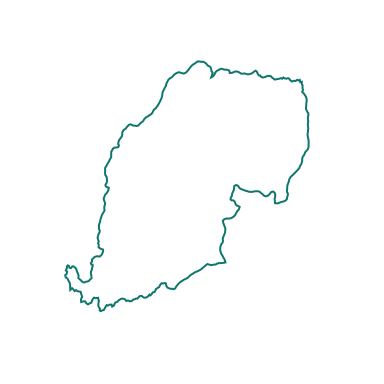 Itacambira, Minas Gerais, Brazil, rotated 203°
{"feature_id": "56859067B7799529172326", "entity_name": "Itacambira", "entity_type": "district", "adm_level": 2, "iso_a3": "BRA", "parent_name": "Brazil", "parent_adm1": "Minas Gerais", "projection": "equal_earth", "projection_center": [-43.326, -16.911], "detail": "fine", "context": "isolated", "style": "outline", "palette": "teal", "viewbox_px": 384, "rotation_deg": 203, "n_neighbors": 0, "source": "geoboundaries", "source_scale": "gbopen_adm2", "svg_char_len": 6027}
<svg xmlns="http://www.w3.org/2000/svg" viewBox="0 0 384 384"><g transform="rotate(203 192 192)"><path d="M247.7,297.5L249.6,297.3L251.1,297.0L252.4,295.8L253.5,294.2L254.4,292.8L255.0,290.7L255.6,289.4L256.7,288.2L257.6,286.0L257.8,283.9L257.9,281.7L257.5,279.3L257.8,277.3L257.8,275.6L258.0,273.8L258.0,272.1L257.5,270.5L257.0,268.4L256.7,266.8L256.8,265.2L256.8,262.9L257.1,259.8L257.5,257.2L258.1,254.9L259.3,252.7L259.4,250.0L259.9,247.7L261.0,246.5L261.6,245.2L262.8,243.7L263.9,241.9L264.5,240.2L264.6,238.5L265.3,236.9L266.2,235.5L267.4,232.2L269.0,231.0L270.5,230.8L272.0,230.1L273.6,230.3L275.0,230.3L276.4,229.1L277.2,226.8L277.8,224.4L279.2,222.3L279.5,219.8L278.7,217.8L278.3,216.2L278.7,213.9L279.4,211.3L279.2,209.1L278.7,207.3L277.5,206.4L277.4,204.6L278.9,203.4L280.4,202.8L281.8,201.0L281.8,199.2L282.1,197.5L281.3,195.5L280.6,194.0L280.0,192.4L280.3,190.2L280.4,187.6L280.8,185.2L281.0,182.6L281.4,180.0L280.5,178.3L279.4,175.4L278.4,173.7L276.6,172.7L275.5,170.8L274.5,169.1L274.2,167.0L274.5,164.9L273.8,163.7L272.4,163.2L270.4,163.5L269.7,161.3L269.8,159.6L270.1,157.7L270.9,155.4L270.7,151.3L269.4,149.6L268.3,148.6L267.4,147.3L267.1,144.9L266.4,142.7L265.3,141.0L265.5,138.4L265.8,136.9L265.9,135.1L265.7,132.8L265.5,130.8L265.1,129.0L264.9,127.0L264.7,124.9L263.0,121.4L261.9,120.5L261.3,118.8L261.6,116.8L261.4,115.1L261.0,112.9L259.5,111.1L258.5,110.1L258.6,108.3L257.3,107.1L256.3,104.5L253.2,104.0L251.5,104.3L250.7,103.0L250.5,101.3L250.8,98.2L251.9,96.4L253.9,96.0L255.2,95.1L256.3,94.0L257.1,92.1L257.7,90.7L256.9,89.1L257.3,86.9L256.2,85.9L255.1,86.2L254.4,84.8L254.3,83.0L253.8,81.2L253.9,79.7L253.4,77.6L252.0,75.8L250.8,73.4L251.7,71.5L252.1,70.0L253.1,68.9L254.4,68.1L256.0,66.5L257.2,66.4L258.8,66.8L260.3,67.6L261.7,67.8L263.0,68.4L263.8,70.8L265.1,72.4L266.3,73.3L268.6,76.0L270.4,76.9L272.2,77.2L273.2,76.6L273.7,74.6L275.2,74.4L276.3,75.7L277.6,76.0L278.1,74.6L277.4,72.9L277.5,70.5L275.8,69.9L275.4,67.4L276.2,65.8L274.9,64.1L272.8,63.7L271.5,62.5L269.1,60.6L267.8,58.7L266.8,56.4L265.8,54.3L264.8,56.6L262.8,55.8L261.3,54.9L260.3,56.4L258.9,55.9L255.5,56.6L254.6,55.4L253.6,54.3L252.2,52.7L252.3,50.2L251.7,48.6L251.0,47.4L249.1,49.0L247.6,49.6L245.9,48.3L243.8,47.9L242.8,49.4L241.4,50.8L241.6,52.4L241.5,54.7L240.9,56.5L239.4,56.5L238.3,57.3L237.1,57.9L236.1,56.3L235.0,55.2L234.7,53.0L233.8,50.7L232.4,49.3L231.0,48.5L230.7,46.9L229.4,46.7L228.3,48.0L227.2,48.8L226.8,50.8L226.7,53.1L226.3,54.6L225.0,54.5L223.9,56.0L222.0,57.0L220.7,55.3L219.7,56.5L219.5,58.5L219.4,60.3L218.0,61.5L217.3,63.3L216.4,64.8L215.4,66.0L214.1,66.8L212.7,67.0L211.4,66.9L209.9,66.0L208.4,67.2L206.6,67.1L205.1,67.8L204.1,70.0L202.8,70.8L201.9,72.1L200.6,72.5L199.9,74.6L199.2,76.0L197.6,76.7L196.1,76.1L194.7,76.0L193.2,76.8L192.2,77.9L191.5,79.3L191.1,80.9L190.0,80.5L189.3,82.0L188.9,84.2L187.4,85.3L187.2,88.8L185.1,91.7L185.0,94.2L184.3,96.2L182.9,96.3L181.7,97.5L180.4,97.7L179.5,96.4L178.5,95.1L177.1,94.4L174.2,94.4L172.8,95.1L171.2,95.2L169.8,96.6L169.6,98.9L169.1,100.6L168.0,103.7L167.0,105.5L166.0,106.7L165.3,108.0L163.1,110.4L162.2,111.7L161.5,113.6L160.6,115.5L159.4,116.9L158.3,118.8L157.1,120.1L155.8,121.3L154.2,123.3L153.0,125.2L152.0,127.3L151.1,129.0L150.4,130.5L149.6,131.7L146.0,132.1L143.3,133.8L141.8,134.5L140.9,135.9L139.8,136.9L138.3,137.5L136.7,138.3L135.4,139.1L133.7,140.2L134.9,141.8L136.0,142.9L137.3,143.8L138.5,144.8L139.7,145.7L141.1,146.7L142.3,148.1L143.7,150.3L144.5,152.8L144.6,155.5L144.1,157.2L144.2,158.8L145.0,160.1L145.6,161.6L145.7,167.0L146.3,169.6L147.0,171.3L149.0,173.5L151.4,176.1L152.4,177.7L151.8,179.3L150.8,180.3L149.7,181.2L148.0,181.8L146.5,182.6L145.2,183.9L144.2,185.3L143.3,187.4L143.1,190.0L142.9,191.8L142.1,194.2L142.3,196.9L144.0,197.2L145.5,197.0L146.8,197.6L147.7,198.6L149.2,200.0L150.9,200.4L152.2,199.8L153.6,200.2L154.0,201.8L153.8,203.9L154.4,206.2L154.3,210.4L154.8,211.9L155.4,214.1L154.1,215.7L152.3,215.7L151.0,215.0L149.5,214.1L148.0,213.9L143.1,214.1L141.7,214.4L140.2,214.4L138.6,214.8L136.9,215.5L135.8,216.2L134.8,217.0L133.2,217.8L131.6,218.4L130.2,218.7L126.1,217.5L124.4,216.8L122.6,216.8L121.4,217.5L120.3,218.9L119.6,220.9L119.0,223.0L117.5,224.1L115.9,223.7L114.4,222.3L113.6,220.0L113.3,218.1L112.3,216.2L111.2,214.2L109.6,214.6L108.1,215.5L106.8,216.9L103.8,219.3L102.4,220.8L101.9,222.6L102.4,224.6L102.5,226.3L103.1,228.0L104.5,229.0L105.2,230.3L105.7,232.4L106.7,234.8L106.9,237.5L107.0,239.7L107.4,241.8L107.2,244.0L106.4,246.0L105.4,248.2L104.8,249.8L103.5,253.0L102.6,255.7L102.7,258.5L102.3,260.5L102.5,262.2L102.9,264.3L103.6,265.6L103.8,267.8L103.2,270.3L103.4,272.7L102.6,274.9L102.1,276.8L102.3,279.1L103.2,281.1L103.8,282.6L104.3,284.0L105.3,285.8L106.6,287.5L107.4,288.9L108.2,290.1L108.6,292.0L109.3,293.9L109.7,295.7L111.5,298.9L112.1,300.4L112.5,302.3L113.5,303.8L114.1,305.1L114.7,307.0L115.1,308.9L116.0,310.2L117.2,310.8L119.7,313.2L120.3,315.2L120.9,316.8L121.6,319.0L122.2,321.2L123.3,323.1L124.6,324.4L125.9,325.3L127.1,326.1L129.7,327.2L129.6,329.1L131.0,331.0L131.7,333.1L133.3,334.6L134.0,336.4L135.3,335.4L136.6,337.3L137.7,336.2L139.0,336.4L140.0,334.7L141.8,334.1L143.3,332.7L145.3,333.3L146.8,334.3L148.1,334.3L149.5,333.1L151.2,332.8L152.7,333.1L153.2,331.5L154.6,331.6L156.2,330.1L157.7,329.3L159.5,327.9L161.5,328.2L163.5,328.8L165.1,329.4L167.7,328.5L170.0,326.1L171.7,325.0L173.4,325.0L174.7,325.9L175.8,325.4L177.0,326.0L178.3,327.1L179.3,328.1L180.8,328.5L182.0,327.0L182.7,325.4L183.8,324.0L186.4,322.1L188.2,321.9L189.8,321.7L191.2,320.9L193.3,320.1L195.1,320.6L197.0,320.6L199.0,320.0L200.3,318.8L201.6,317.4L203.8,316.3L205.1,318.3L206.9,318.3L208.6,317.9L210.2,317.2L212.2,317.2L213.5,316.7L215.8,314.1L216.7,312.7L217.2,311.2L217.2,309.2L217.7,306.9L219.1,305.0L219.3,307.5L219.7,310.0L221.2,310.7L222.3,312.5L223.7,314.1L225.0,314.5L226.3,314.4L227.8,315.0L229.4,315.9L231.1,316.2L232.7,316.3L234.1,315.5L236.0,315.1L237.8,314.4L240.0,310.8L241.1,309.4L242.0,307.1L243.6,301.0L244.5,299.2L245.8,297.8L247.7,297.5Z" fill="none" stroke="#0f766e" stroke-width="2"/></g></svg>